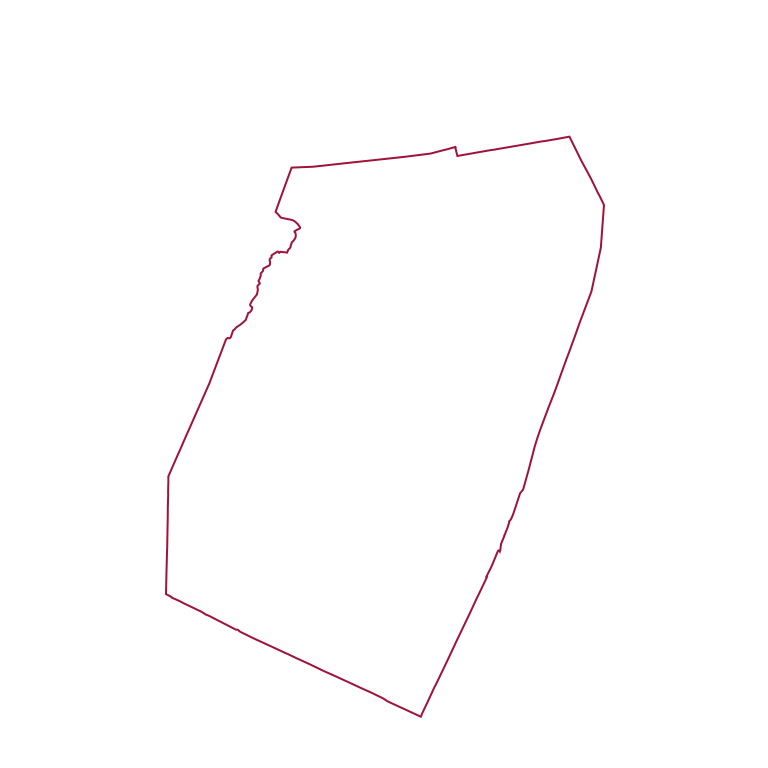 Melchor Ocampo, Nuevo León, Mexico (orthographic projection), rotated 111°
{"feature_id": "50627088B70877597446889", "entity_name": "Melchor Ocampo", "entity_type": "district", "adm_level": 2, "iso_a3": "MEX", "parent_name": "Mexico", "parent_adm1": "Nuevo León", "projection": "orthographic", "projection_center": [-99.496, 26.046], "detail": "fine", "context": "isolated", "style": "outline", "palette": "rose", "viewbox_px": 768, "rotation_deg": 111, "n_neighbors": 0, "source": "geoboundaries", "source_scale": "gbopen_adm2", "svg_char_len": 3559}
<svg xmlns="http://www.w3.org/2000/svg" viewBox="0 0 768 768"><g transform="rotate(111 384 384)"><path d="M455.8,216.9L437.2,217.8L432.6,216.3L413.2,218.1L397.9,219.8L388.3,220.9L378.8,221.5L369.6,221.8L347.3,222.0L335.8,221.9L326.4,221.9L323.7,222.0L316.3,222.1L315.1,222.2L295.1,222.6L287.8,222.6L278.4,222.8L270.2,222.9L256.9,223.3L223.3,223.5L179.1,230.4L138.0,242.8L132.4,248.8L130.4,251.0L129.3,252.4L118.5,263.9L112.0,271.4L105.0,279.6L86.6,299.5L91.6,307.6L97.7,317.8L100.2,322.0L100.3,322.5L108.8,336.7L119.4,354.5L124.8,363.6L125.3,364.2L125.9,365.4L127.4,368.2L144.8,397.2L141.3,399.7L139.1,401.1L138.6,401.6L138.0,402.0L137.5,401.9L137.1,402.3L142.0,408.8L145.4,413.7L152.2,423.1L163.2,443.7L163.4,444.1L163.8,444.8L191.5,498.8L206.5,527.9L215.0,547.6L215.1,547.8L250.0,547.2L262.2,546.9L262.5,546.2L262.8,545.4L263.9,543.1L264.9,541.1L265.3,540.7L265.6,539.6L265.4,538.3L263.8,528.4L264.0,526.2L264.6,524.3L265.7,521.7L267.1,519.5L267.9,518.5L268.5,518.3L269.0,518.4L269.6,518.9L271.0,520.3L272.9,521.8L273.5,522.3L273.9,522.2L274.3,521.8L274.4,521.2L274.9,520.7L275.7,520.2L276.4,519.8L277.7,519.3L278.5,519.2L279.4,519.1L280.3,519.3L281.6,519.5L282.7,519.9L283.7,520.2L284.9,520.9L286.0,520.7L288.1,520.7L289.9,520.3L291.2,520.6L292.2,521.2L292.9,521.5L296.1,521.6L297.1,525.9L297.7,528.1L298.4,528.5L299.0,528.7L299.0,528.9L299.0,529.3L298.4,530.1L298.4,530.6L298.8,531.1L300.3,532.2L303.9,534.9L304.4,535.0L305.3,534.7L306.0,534.3L306.4,534.4L307.7,535.3L308.5,535.4L309.5,535.1L311.4,533.8L312.6,533.5L313.6,533.3L314.3,533.5L319.4,538.0L321.3,537.6L322.2,537.6L323.7,538.2L324.6,538.6L325.3,538.7L326.2,538.3L326.8,537.9L329.5,537.8L331.1,537.9L331.9,538.0L332.6,538.1L333.0,537.9L333.6,537.1L334.3,536.2L334.6,536.0L335.0,536.0L336.3,536.7L337.6,537.2L338.2,537.2L341.3,535.5L345.9,534.7L353.2,537.0L357.6,537.5L358.7,536.9L359.0,536.3L359.6,534.7L360.2,534.2L361.5,534.1L362.9,534.2L364.1,534.6L365.2,535.0L366.3,536.2L367.7,536.2L368.9,536.1L370.0,536.0L371.0,536.2L372.3,536.0L373.6,536.0L376.6,537.4L379.3,538.9L384.3,542.3L386.4,543.0L388.3,544.1L395.2,543.8L395.8,544.0L396.3,544.2L396.7,544.7L397.0,545.3L397.0,546.0L396.9,546.3L397.3,546.7L399.1,547.5L444.1,547.3L445.1,547.2L448.5,547.4L474.9,548.7L493.0,549.6L504.4,550.2L518.6,550.8L527.0,551.3L547.6,552.2L553.3,550.0L557.9,548.4L563.1,546.5L564.8,545.7L567.3,544.9L572.9,542.9L577.8,541.2L583.8,538.9L589.3,536.9L602.3,532.2L610.5,529.2L614.9,527.6L617.7,526.7L629.2,522.6L635.5,520.4L658.3,512.2L658.9,506.4L659.5,505.7L659.6,503.4L659.9,497.1L660.5,492.2L662.1,472.5L662.7,469.6L663.0,468.6L663.1,467.5L663.1,465.7L663.1,464.6L664.1,455.7L666.4,434.3L665.8,432.3L665.9,432.0L666.2,431.3L666.6,430.6L666.9,429.0L668.1,416.0L668.7,406.7L669.3,397.2L670.4,381.3L670.6,376.7L671.4,367.1L671.5,364.6L672.3,352.7L673.1,342.5L673.6,336.6L674.2,324.8L674.9,314.0L676.1,296.2L676.7,285.0L677.1,280.4L677.7,273.7L678.1,270.6L678.7,268.3L679.1,265.8L681.4,230.4L677.4,230.3L664.8,229.3L647.8,228.2L646.8,227.9L635.6,227.0L618.0,225.6L595.8,224.0L567.2,221.7L555.1,220.9L550.8,220.6L545.5,220.1L527.3,218.7L527.3,219.4L517.8,218.4L511.9,218.1L507.5,218.0L498.9,217.8L498.5,217.4L498.2,217.1L498.3,216.8L498.6,216.2L498.9,215.8L497.4,215.9L495.4,216.4L493.0,217.0L491.8,217.4L490.7,217.4L482.9,217.2L482.2,217.5L481.6,217.2L480.8,217.2L480.2,217.2L479.0,217.3L475.2,217.2L473.1,217.2L471.1,217.4L469.9,217.4L469.1,217.3L468.4,217.6L467.9,217.8L467.4,217.9L466.6,217.6L466.1,217.3L463.6,216.9L460.3,216.8L458.1,216.8L455.8,216.9Z" fill="none" stroke="#9f1239" stroke-width="2"/></g></svg>